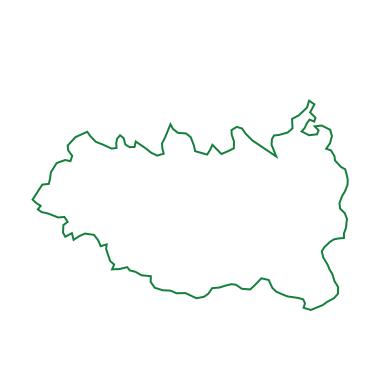 Conselheiro Mairinck, Paraná, Brazil, rotated 277°
{"feature_id": "56859067B52916325925510", "entity_name": "Conselheiro Mairinck", "entity_type": "district", "adm_level": 2, "iso_a3": "BRA", "parent_name": "Brazil", "parent_adm1": "Paraná", "projection": "natural_earth1", "projection_center": [-50.121, -23.586], "detail": "fine", "context": "isolated", "style": "outline", "palette": "green", "viewbox_px": 384, "rotation_deg": 277, "n_neighbors": 0, "source": "geoboundaries", "source_scale": "gbopen_adm2", "svg_char_len": 2217}
<svg xmlns="http://www.w3.org/2000/svg" viewBox="0 0 384 384"><g transform="rotate(277 192 192)"><path d="M239.5,113.7L235.8,111.2L231.6,110.8L226.5,111.7L225.3,106.9L228.2,97.7L230.1,90.4L235.0,84.3L239.0,80.7L232.3,69.7L222.9,62.9L218.2,64.1L213.2,68.7L207.8,67.6L208.3,62.3L204.3,54.2L194.3,49.5L188.2,49.5L182.6,48.9L181.1,42.5L165.0,34.7L161.9,39.0L159.8,43.5L156.0,41.1L153.8,45.1L153.0,52.4L150.4,62.3L151.7,68.4L147.2,72.2L143.5,68.4L136.0,68.9L132.2,71.7L136.5,77.8L130.1,80.3L134.6,85.7L137.7,90.9L137.5,100.0L132.6,104.8L127.1,107.9L129.6,113.7L125.0,113.7L119.5,116.3L113.5,119.2L110.5,123.6L105.5,122.1L106.7,129.4L109.5,136.8L106.6,139.9L105.9,145.6L103.2,152.2L103.4,161.4L97.8,161.9L92.4,166.7L90.9,175.0L91.5,182.6L89.6,189.0L90.9,197.8L87.1,209.3L89.4,216.6L93.0,220.6L99.0,223.7L100.5,230.8L102.9,236.1L105.3,242.2L105.3,247.0L102.0,253.3L102.4,261.7L107.6,266.0L114.8,271.4L114.0,278.9L106.6,283.4L103.4,287.7L101.7,293.1L100.0,299.5L99.8,310.4L99.0,315.4L95.4,317.7L90.7,316.9L89.4,324.3L92.2,329.3L95.6,335.4L99.4,339.5L104.0,346.0L108.9,349.3L115.5,348.6L121.0,344.2L127.7,341.3L131.5,338.2L136.0,335.7L143.3,330.1L148.9,328.1L153.4,330.1L159.4,335.1L162.3,338.7L163.8,343.3L164.8,348.4L169.5,347.9L175.3,349.2L180.1,349.1L184.1,349.1L189.5,346.3L193.6,341.0L199.0,339.7L206.3,341.5L211.2,343.7L218.1,345.5L223.1,345.1L227.8,343.5L233.2,341.3L235.0,336.9L240.7,330.1L245.0,329.0L250.3,324.8L251.3,319.9L257.2,323.0L264.6,324.1L270.6,321.5L273.8,312.6L272.1,305.8L268.7,310.1L264.5,309.1L262.6,301.3L265.5,293.4L269.3,296.1L274.2,297.6L278.2,299.9L276.8,304.7L280.8,305.5L285.4,299.5L293.9,302.8L296.9,297.1L289.9,295.9L281.4,289.0L276.7,282.4L267.4,284.0L262.7,279.7L259.2,271.3L258.1,266.5L254.2,264.9L248.6,265.2L237.5,271.3L246.4,253.8L250.5,245.7L256.6,237.9L261.1,234.0L262.1,228.5L258.3,223.7L253.8,224.4L247.3,227.5L240.5,228.2L237.3,223.4L233.3,216.6L241.3,206.5L236.2,204.9L231.0,202.5L232.9,190.2L238.6,188.1L246.2,184.1L249.4,178.9L249.0,170.8L252.3,165.4L256.6,162.4L242.8,158.6L236.5,156.3L231.6,157.3L226.6,159.3L223.9,153.0L225.9,146.9L229.9,140.4L235.2,130.0L229.7,129.5L228.9,124.6L231.0,120.1L237.1,117.6L239.5,113.7Z" fill="none" stroke="#15803d" stroke-width="2"/></g></svg>